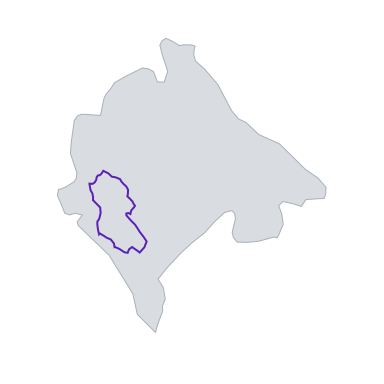 where Cetinje sits in Montenegro, rotated 12°
{"feature_id": "MNE-1500", "entity_name": "Cetinje", "entity_type": "Municipality", "adm_level": 1, "iso_a3": "MNE", "parent_name": "Montenegro", "parent_adm1": "", "projection": "natural_earth1", "projection_center": [18.874, 42.501], "detail": "fine", "context": "in_parent", "style": "outline", "palette": "violet", "viewbox_px": 384, "rotation_deg": 12, "n_neighbors": 0, "source": "natural_earth", "source_scale": "10m", "svg_char_len": 2063}
<svg xmlns="http://www.w3.org/2000/svg" viewBox="0 0 384 384"><g transform="rotate(12 192 192)"><path d="M164.8,48.7L164.4,50.8L165.1,57.1L168.1,63.1L179.0,69.3L195.0,81.6L213.8,104.2L222.4,110.9L230.2,112.6L245.3,121.9L255.8,124.2L267.6,126.8L298.4,146.4L312.2,152.1L322.1,159.5L323.2,166.4L322.7,170.7L305.0,175.7L302.0,183.4L293.4,182.5L283.0,182.4L279.6,187.3L284.6,195.3L287.9,204.7L285.4,217.6L284.5,219.3L282.0,218.8L267.4,226.3L256.5,229.8L246.6,231.6L242.0,228.0L239.7,223.1L240.0,209.0L238.2,204.2L234.9,201.9L228.2,205.2L220.4,216.1L213.1,228.9L202.2,242.1L193.3,254.9L183.6,270.9L176.9,284.2L183.9,291.7L188.1,302.2L186.8,310.0L188.1,314.5L186.0,328.2L185.5,336.9L164.0,323.1L155.2,303.7L123.8,270.9L87.8,248.6L85.9,245.1L87.9,240.8L89.6,237.4L82.1,237.1L76.9,239.9L71.9,239.1L66.3,230.7L61.1,223.5L60.8,217.1L63.2,216.3L66.8,213.8L74.4,206.7L75.9,203.0L75.5,197.3L65.0,179.5L63.5,167.9L62.0,146.4L64.2,141.3L68.1,138.8L86.6,136.1L86.4,119.4L87.5,114.3L91.2,107.4L93.6,101.0L103.9,91.9L117.8,81.0L123.9,80.7L129.3,82.2L135.3,91.6L141.9,90.3L143.2,79.1L134.6,64.4L130.0,55.0L131.5,49.9L134.7,47.1L142.1,48.8L149.2,51.4L153.6,49.7L160.7,48.3L164.8,48.7Z" fill="#d9dde1" stroke="#a8b0b8" stroke-width="1"/><path d="M100.8,189.7L106.4,191.2L110.4,193.7L114.1,193.5L119.0,194.4L120.5,196.2L123.1,198.2L126.5,200.2L129.0,203.1L129.6,206.7L129.7,206.9L129.7,209.7L132.7,211.5L135.7,213.6L137.3,215.7L139.1,217.3L138.5,218.9L136.4,222.7L136.3,226.4L134.2,225.8L132.2,226.7L132.7,228.5L137.9,232.4L143.0,235.7L146.0,238.6L149.1,241.8L153.8,245.8L157.9,249.8L156.9,256.0L153.4,262.1L151.5,261.1L144.8,258.3L142.3,261.2L141.7,264.9L138.5,265.0L132.9,262.8L127.7,261.7L127.6,261.8L126.5,258.7L122.4,255.3L118.1,254.5L114.9,253.2L110.4,251.7L109.9,252.7L107.9,248.4L106.0,243.0L105.6,240.4L106.7,238.0L106.9,235.8L107.0,231.5L105.4,226.2L100.1,222.7L96.8,220.5L96.4,217.8L94.9,214.2L92.4,211.3L90.2,206.0L90.0,205.1L92.9,204.8L94.8,202.9L95.8,200.0L95.7,197.2L96.5,195.4L98.4,194.7L99.7,192.8L100.8,189.7Z" fill="none" stroke="#5b21b6" stroke-width="2"/></g></svg>